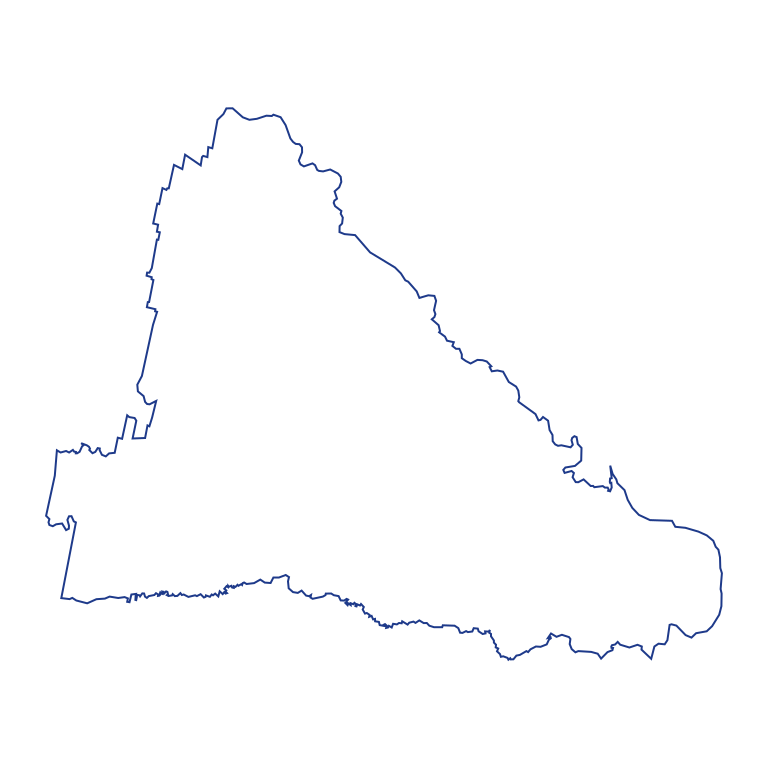 Simoca, Tucumán, Argentina
{"feature_id": "61730980B79833488690103", "entity_name": "Simoca", "entity_type": "district", "adm_level": 2, "iso_a3": "ARG", "parent_name": "Argentina", "parent_adm1": "Tucumán", "projection": "robinson", "projection_center": [-65.304, -27.381], "detail": "fine", "context": "isolated", "style": "outline", "palette": "blue", "viewbox_px": 768, "rotation_deg": 0, "n_neighbors": 0, "source": "geoboundaries", "source_scale": "gbopen_adm2", "svg_char_len": 6083}
<svg xmlns="http://www.w3.org/2000/svg" viewBox="0 0 768 768"><path d="M651.2,658.8L654.4,646.5L658.5,643.7L664.7,644.3L667.4,640.2L669.6,624.9L671.5,624.3L676.4,625.6L685.6,635.1L691.5,637.6L696.1,633.2L706.7,631.3L712.1,626.2L719.2,614.8L721.4,606.2L721.6,593.5L720.6,589.1L721.9,573.2L720.3,568.1L720.0,557.3L718.4,549.7L715.7,546.8L713.3,540.8L706.8,535.4L698.4,531.6L685.4,527.8L675.3,526.8L672.0,520.8L650.0,520.1L638.9,514.9L632.3,507.9L627.7,499.8L624.5,490.1L617.4,483.2L616.3,479.4L612.6,473.9L610.2,465.6L611.7,478.2L610.1,478.5L609.8,481.9L610.2,483.1L611.3,482.8L611.7,487.5L610.1,491.3L608.1,490.8L608.6,489.4L607.7,487.6L604.9,487.6L602.8,486.1L594.3,487.2L593.1,485.9L590.7,486.0L583.6,479.4L578.3,482.2L575.7,482.1L572.6,477.2L573.9,473.0L571.6,471.0L564.6,472.9L563.3,469.9L565.4,467.5L575.0,465.9L581.2,460.6L581.5,447.9L577.8,444.0L576.6,437.1L574.4,436.2L572.2,437.9L571.5,440.2L572.8,444.8L570.6,447.3L561.4,445.3L558.0,445.8L555.2,444.4L552.7,441.2L552.5,435.0L549.6,430.1L548.1,420.7L543.0,417.0L540.5,419.9L538.5,420.4L535.5,414.1L519.1,402.2L518.3,401.2L519.3,397.3L518.3,390.6L516.1,386.6L508.8,382.0L503.1,371.7L497.4,370.5L491.8,371.3L489.6,367.1L491.3,366.3L486.8,361.5L482.6,360.2L477.4,359.9L470.6,363.5L465.8,361.0L461.8,358.2L461.8,354.4L459.4,348.8L456.0,348.8L452.4,345.9L453.8,342.2L447.0,340.7L445.0,336.6L439.1,332.3L440.0,331.1L438.6,325.2L431.8,319.3L434.4,317.1L435.4,314.1L434.0,310.2L436.1,300.8L434.4,295.9L428.3,295.3L419.4,297.9L416.7,291.4L408.2,281.7L405.3,280.3L400.9,273.4L395.0,267.5L370.1,252.4L355.1,235.1L344.5,234.1L339.5,232.1L339.6,226.1L342.1,223.5L342.8,217.6L340.7,213.7L341.4,211.0L335.1,206.2L333.7,202.9L334.4,200.6L337.0,198.7L334.6,191.4L339.2,187.3L341.3,181.9L340.7,176.8L337.9,173.5L330.2,169.5L323.1,171.4L318.9,170.9L317.2,169.9L315.1,165.2L312.5,163.4L303.9,166.4L300.5,164.4L298.8,160.6L302.1,152.3L302.0,147.3L299.5,144.2L295.7,143.9L293.0,141.9L290.4,138.5L285.6,125.1L280.6,117.2L273.4,114.7L271.8,116.0L266.4,115.7L256.9,118.8L249.4,119.8L242.8,117.3L232.6,108.3L226.4,108.4L223.4,114.1L217.5,119.8L212.3,148.3L208.3,147.1L207.4,157.1L203.2,155.9L202.0,157.1L200.7,165.4L185.1,154.7L182.3,169.1L174.0,164.9L168.8,188.3L167.3,188.3L166.4,189.9L162.5,188.1L159.2,204.1L157.3,203.6L153.2,223.5L158.1,224.7L156.9,231.7L159.8,232.3L158.3,239.8L156.9,239.6L151.8,268.1L149.4,272.7L147.1,272.6L146.6,275.7L151.7,277.2L151.5,279.2L153.4,280.0L149.1,302.0L147.8,302.1L146.9,307.2L155.4,309.2L155.1,311.3L157.1,311.8L153.0,324.9L141.9,376.0L137.3,384.7L137.9,391.4L143.6,396.1L145.1,401.9L147.1,404.0L149.6,404.3L156.2,400.9L152.1,417.6L149.4,426.3L147.5,425.4L145.1,438.0L132.6,438.5L136.3,420.7L134.6,418.0L129.3,417.1L127.2,415.3L122.1,438.8L117.8,437.7L114.7,452.8L109.1,453.4L105.8,456.4L101.9,454.8L99.6,450.1L99.8,448.5L97.7,448.1L95.3,451.9L92.5,453.2L89.3,450.0L90.0,448.7L89.0,446.8L86.8,445.3L81.2,443.2L83.6,445.2L82.1,446.3L79.6,451.8L77.1,453.3L75.8,453.3L75.9,451.9L74.2,451.7L72.9,449.9L69.1,452.5L66.1,451.0L60.6,452.5L56.9,450.3L54.8,475.7L46.1,515.8L49.4,519.1L48.5,522.3L49.4,525.0L52.8,526.2L56.1,524.3L62.1,523.5L66.1,530.1L68.8,528.7L69.0,525.7L67.4,519.9L69.0,516.3L71.5,516.2L73.8,521.4L75.9,522.4L61.3,598.1L69.6,599.1L72.3,597.9L76.3,600.5L87.2,603.3L96.4,599.2L104.9,598.6L109.6,596.6L118.2,598.0L124.6,597.1L127.9,598.4L127.2,601.8L129.5,602.2L131.4,594.5L136.0,593.9L135.7,595.0L135.4,599.9L136.2,600.1L136.9,596.6L136.1,594.7L139.5,595.3L140.1,596.4L142.3,593.4L144.1,593.5L145.0,596.6L146.9,597.9L148.8,596.1L154.4,595.0L156.0,593.2L158.2,594.5L158.0,595.9L159.4,595.6L160.9,593.9L159.9,593.4L160.3,592.3L162.5,593.9L163.3,593.1L162.5,591.6L163.6,591.8L164.1,593.5L166.1,591.4L167.4,591.9L168.0,594.3L166.9,595.1L168.5,596.0L172.1,595.4L172.7,594.1L174.8,596.1L177.4,595.9L180.4,593.1L181.8,595.0L183.7,594.5L188.4,596.9L195.1,595.3L196.9,596.1L200.6,594.2L203.9,597.5L205.6,596.8L205.9,595.4L209.9,596.8L211.7,594.5L213.0,595.3L215.2,593.6L218.3,596.4L219.7,591.3L222.7,594.1L224.2,592.2L225.6,593.6L227.0,593.1L225.4,591.5L226.3,590.4L224.3,588.8L226.6,586.1L228.0,587.1L228.1,585.8L228.9,586.8L231.3,585.8L232.1,587.5L233.8,587.9L233.8,586.2L235.5,586.9L237.5,584.8L238.4,585.8L241.2,584.2L242.1,585.0L242.7,583.1L244.1,582.5L246.6,584.0L254.1,583.1L260.3,579.6L264.8,582.6L270.6,583.0L273.4,577.5L279.0,577.5L285.7,575.0L289.0,577.1L288.0,581.3L288.7,588.3L293.0,592.1L297.8,592.9L301.6,590.6L306.1,595.6L309.2,596.2L311.0,595.0L310.5,597.5L312.6,598.8L322.9,596.6L325.5,595.1L325.8,593.6L331.2,593.5L333.8,595.2L338.6,596.1L340.7,600.4L344.1,600.6L346.6,598.9L348.1,599.6L346.0,602.2L347.4,603.0L345.7,603.3L347.6,605.2L348.3,603.4L350.7,605.1L350.6,603.2L353.3,604.2L354.4,602.8L355.7,603.9L355.4,606.1L356.5,606.4L357.2,604.3L360.0,605.5L361.0,604.0L363.8,607.0L362.7,609.5L365.0,613.6L366.8,613.0L369.6,614.9L369.2,616.8L371.6,615.9L373.1,619.4L375.0,618.9L375.1,621.3L378.9,621.9L379.7,625.1L384.9,626.1L383.8,624.7L385.0,624.1L386.8,625.7L386.2,627.9L388.0,627.5L388.9,625.8L391.7,627.5L393.1,623.8L396.9,624.4L399.0,623.0L401.7,623.3L402.2,621.3L407.6,624.6L409.2,622.7L413.5,621.6L415.5,622.9L419.3,620.4L423.7,623.1L426.8,623.0L429.3,625.7L434.0,627.2L442.2,627.2L442.8,625.3L454.6,625.7L458.3,628.1L460.1,632.7L462.5,632.9L466.1,631.1L467.9,632.1L472.3,631.5L473.7,628.2L477.8,628.6L478.6,631.3L482.7,634.0L485.5,633.4L485.1,631.4L488.7,631.6L489.9,630.0L489.3,632.8L491.0,633.9L491.0,636.3L493.9,640.5L493.9,642.6L496.0,644.7L495.7,647.4L498.2,648.5L497.0,651.3L500.0,654.1L500.9,656.8L503.2,656.3L507.5,657.9L508.4,659.7L510.2,658.3L510.7,659.4L513.4,659.3L516.4,655.6L519.9,654.9L526.4,651.1L528.1,652.1L530.5,649.3L535.9,646.5L540.6,646.8L546.7,644.4L548.9,639.7L550.8,638.3L550.5,637.2L548.0,637.9L551.0,633.5L556.5,636.8L561.9,634.8L569.0,637.1L570.4,639.0L569.7,644.1L571.7,649.1L575.4,652.3L578.3,651.1L591.2,651.9L597.7,653.7L601.1,658.6L607.5,652.1L612.4,650.2L613.0,648.0L611.5,647.9L611.3,646.5L612.0,645.2L615.1,644.5L617.7,641.9L620.2,644.7L629.4,647.5L637.5,644.8L641.8,646.5L641.5,649.6L651.2,658.8Z" fill="none" stroke="#1e3a8a" stroke-width="2"/></svg>